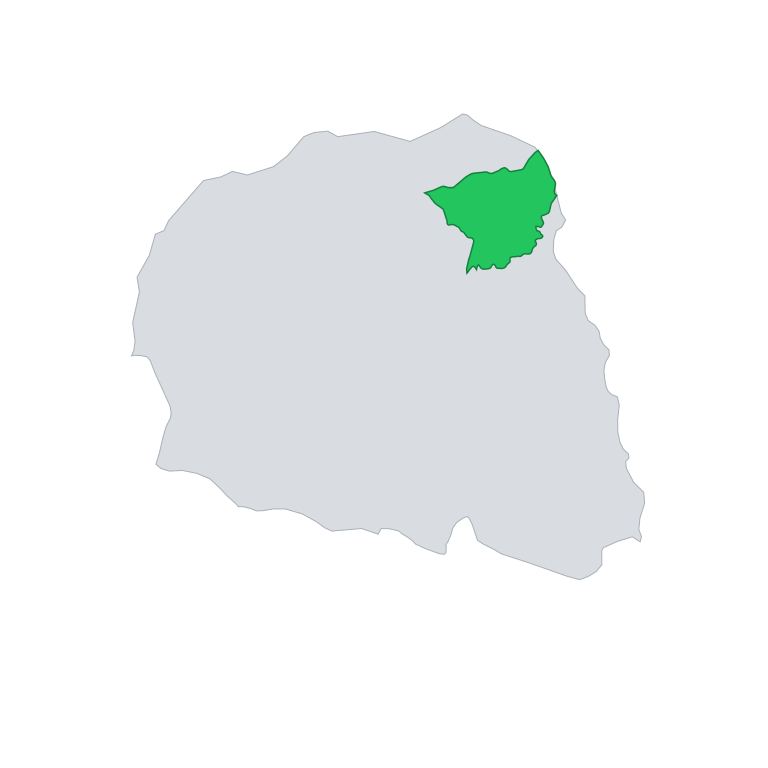 location of Soriano within Uruguay, rotated 155°
{"feature_id": "URY-11", "entity_name": "Soriano", "entity_type": "Department", "adm_level": 1, "iso_a3": "URY", "parent_name": "Uruguay", "parent_adm1": "", "projection": "robinson", "projection_center": [-57.662, -33.492], "detail": "fine", "context": "in_parent", "style": "filled", "palette": "green", "viewbox_px": 768, "rotation_deg": 155, "n_neighbors": 0, "source": "natural_earth", "source_scale": "10m", "svg_char_len": 4421}
<svg xmlns="http://www.w3.org/2000/svg" viewBox="0 0 768 768"><g transform="rotate(155 384 384)"><path d="M601.0,516.2L596.5,520.2L591.6,527.8L585.8,545.9L566.7,570.9L562.7,585.1L542.3,599.8L527.9,616.4L518.6,616.0L510.1,623.1L461.6,644.7L444.3,640.6L431.5,640.7L419.6,631.2L392.4,627.7L375.4,631.5L352.4,642.0L345.5,641.8L340.5,641.3L328.1,636.9L321.4,627.7L286.2,617.0L257.8,592.8L224.3,592.4L198.6,595.5L194.6,592.3L192.0,586.1L186.6,577.1L164.5,555.8L147.0,534.6L143.5,513.7L145.9,491.0L151.1,464.2L150.1,455.8L156.6,451.0L163.0,450.1L169.1,443.1L174.6,432.6L175.5,424.6L171.2,409.9L168.3,389.3L164.7,379.1L171.8,363.0L172.1,355.1L168.0,348.2L166.8,341.1L168.7,333.8L168.3,326.8L165.7,320.0L167.7,314.5L174.2,310.1L179.0,303.3L182.2,294.2L183.9,287.3L183.9,282.5L182.0,278.0L177.9,273.7L179.8,265.3L187.5,252.6L192.5,241.4L194.8,231.6L194.6,223.7L192.1,217.6L193.1,213.6L197.9,211.4L200.0,205.1L199.3,189.3L194.4,176.2L198.1,165.9L209.0,153.9L214.6,144.3L215.1,136.9L218.5,132.7L223.6,140.6L239.0,142.7L254.5,143.0L257.0,141.0L263.1,128.0L271.2,124.3L279.9,123.3L289.4,124.0L299.6,132.6L328.2,160.7L349.2,180.2L355.6,189.4L361.2,196.3L365.3,202.8L363.4,219.5L363.7,226.8L364.7,228.9L369.5,229.0L376.6,227.8L382.6,224.3L387.3,218.9L392.0,214.6L395.7,212.2L397.1,208.7L399.2,205.0L401.4,204.2L405.6,206.9L415.3,216.5L422.9,225.3L424.7,230.4L427.6,235.6L430.7,240.2L432.9,244.7L440.2,250.5L447.7,254.2L452.8,250.4L465.4,262.5L493.4,272.7L498.5,278.8L503.3,287.5L512.9,300.7L526.4,312.6L537.2,317.6L547.7,320.5L553.5,323.1L557.5,327.6L563.8,332.5L567.8,334.4L569.1,338.7L573.2,348.3L577.3,360.5L581.9,371.7L591.9,382.5L603.3,390.9L615.2,395.7L621.8,401.6L624.6,407.7L616.4,416.8L607.6,428.2L599.8,437.2L591.8,443.5L589.1,447.8L587.2,454.6L586.9,490.1L586.0,503.3L586.6,506.8L587.7,509.2L592.6,512.7L598.5,515.7L601.0,516.2Z" fill="#d9dde1" stroke="#a8b0b8" stroke-width="1"/><path d="M145.6,530.6L143.9,520.8L143.4,511.5L144.6,502.3L144.3,500.0L143.8,497.9L143.5,495.6L143.9,493.1L145.2,491.0L148.2,486.9L148.8,484.5L148.3,482.4L147.7,481.9L156.3,476.8L161.2,470.4L162.8,469.4L167.1,469.4L169.7,469.8L170.7,469.3L171.2,467.5L171.2,463.4L171.5,462.3L172.4,461.4L175.5,459.7L176.5,460.4L178.1,461.9L178.6,461.9L179.5,462.7L180.2,461.8L180.6,460.0L180.5,458.2L180.2,458.1L179.1,457.0L178.5,456.3L178.5,455.5L178.6,454.6L178.5,453.8L177.6,451.7L177.6,450.9L178.5,450.1L180.0,449.7L181.3,450.0L182.6,450.6L184.2,450.7L186.2,450.3L186.6,449.3L186.4,448.0L186.7,446.4L187.6,445.5L190.3,444.8L191.6,444.2L192.9,443.1L193.8,441.9L194.9,440.9L196.6,440.4L198.1,440.7L200.7,442.2L202.1,442.7L203.2,442.7L205.1,442.1L206.1,442.0L207.1,442.2L208.5,443.2L211.2,443.9L214.6,445.3L216.4,444.9L217.1,444.1L218.0,441.7L218.6,441.2L221.6,440.4L222.3,440.1L224.0,438.9L226.0,438.4L228.0,438.7L232.0,440.8L232.8,441.5L233.1,442.3L233.1,443.5L233.3,444.9L233.7,445.9L234.7,446.4L235.7,446.1L237.6,444.7L238.7,444.2L239.7,444.2L240.6,444.3L244.3,445.6L245.9,446.4L247.0,447.7L248.0,452.0L249.4,451.6L250.8,450.0L251.8,448.6L252.3,451.5L252.8,452.6L253.9,453.1L254.9,452.9L258.9,451.1L261.2,449.7L262.0,449.4L260.7,452.8L260.2,453.8L253.7,462.1L252.5,463.1L243.0,474.4L242.0,476.1L242.0,477.1L242.1,477.8L242.3,478.4L242.6,478.9L242.9,479.3L245.2,480.8L245.6,481.1L246.0,481.5L246.2,482.0L246.5,482.5L247.5,487.1L247.7,487.7L247.9,488.1L249.4,490.0L249.5,490.4L249.7,491.8L249.7,493.0L249.9,493.9L250.1,494.5L250.3,495.0L250.7,495.4L251.1,495.7L252.9,498.3L253.7,499.0L254.6,499.6L255.1,499.9L257.6,500.5L258.2,500.8L258.6,501.2L258.9,501.9L258.9,502.6L258.7,503.2L258.5,503.7L258.3,504.2L258.1,504.7L257.9,505.4L256.6,515.9L256.5,517.3L256.6,517.6L256.8,518.0L260.5,524.5L261.6,527.0L261.8,527.7L262.0,529.2L262.4,530.5L262.6,531.1L262.8,531.9L263.2,534.6L263.5,535.7L263.7,536.2L264.0,536.7L265.6,538.8L266.3,540.0L256.9,538.6L249.4,538.6L246.9,538.2L246.4,538.0L244.7,536.6L243.2,535.2L241.5,534.2L239.5,533.3L237.8,532.8L222.3,537.0L216.8,537.6L214.3,537.3L202.0,533.1L201.1,532.5L200.7,532.1L200.1,531.3L200.2,531.5L200.1,531.3L199.9,531.0L199.4,530.5L198.7,530.0L197.5,529.4L196.6,529.1L189.6,528.9L186.9,529.4L185.3,529.4L184.3,529.3L183.6,529.1L183.2,528.9L183.0,528.7L182.7,528.5L182.4,528.1L181.8,527.2L181.6,526.6L181.3,525.6L180.8,524.6L180.6,524.1L180.0,523.4L179.5,522.9L169.3,520.2L167.8,520.1L166.3,520.5L157.9,526.3L149.8,529.7L148.5,530.1L145.7,530.6L145.6,530.6Z" fill="#22c55e" stroke="#15803d" stroke-width="1.5"/></g></svg>